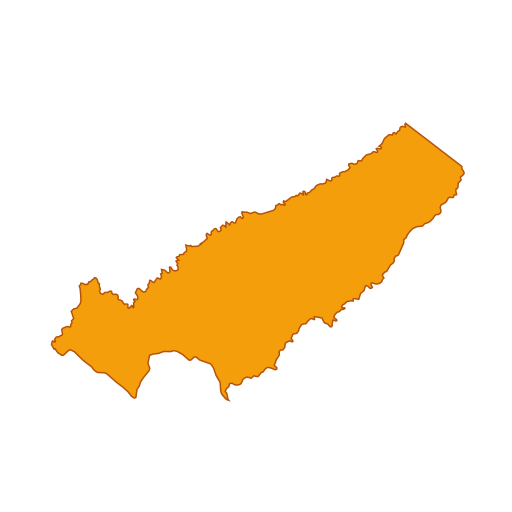 Alcalá, Valle del Cauca, Colombia (Natural Earth projection), rotated 313°
{"feature_id": "7082276B36252942932690", "entity_name": "Alcalá", "entity_type": "district", "adm_level": 2, "iso_a3": "COL", "parent_name": "Colombia", "parent_adm1": "Valle del Cauca", "projection": "natural_earth1", "projection_center": [-75.779, 4.685], "detail": "fine", "context": "isolated", "style": "filled", "palette": "amber", "viewbox_px": 512, "rotation_deg": 313, "n_neighbors": 0, "source": "geoboundaries", "source_scale": "gbopen_adm2", "svg_char_len": 6118}
<svg xmlns="http://www.w3.org/2000/svg" viewBox="0 0 512 512"><g transform="rotate(313 256 256)"><path d="M455.1,274.9L453.8,275.1L452.9,276.8L452.0,277.2L450.8,274.7L449.2,273.9L448.1,273.9L445.9,275.3L443.6,274.8L440.8,275.3L440.7,273.2L440.1,272.5L439.4,272.4L437.7,273.3L435.5,270.6L429.6,269.8L424.3,271.5L420.3,271.2L421.2,273.4L420.1,274.3L419.2,274.1L417.8,271.5L416.6,270.7L416.1,271.3L415.9,273.2L414.7,274.0L413.9,273.5L412.9,271.2L411.3,270.3L409.3,270.6L406.7,268.6L404.7,267.7L400.2,267.6L397.5,268.3L395.5,265.7L393.0,266.6L391.7,266.5L390.2,265.4L389.2,262.9L386.8,261.1L385.5,261.8L384.7,264.6L381.7,264.6L378.4,263.5L376.8,262.0L374.1,260.8L373.0,261.0L372.1,262.2L371.0,262.3L369.5,260.4L367.5,259.9L365.4,258.3L364.6,258.4L362.9,259.8L362.2,259.7L361.4,259.0L360.2,255.4L358.4,256.6L356.7,257.1L353.9,255.4L352.6,253.8L349.7,252.5L347.4,252.1L345.2,252.7L342.1,251.7L339.1,251.8L337.6,250.9L335.3,251.3L334.9,250.3L336.0,249.3L336.4,247.6L335.5,246.4L334.8,246.6L333.6,248.9L332.9,248.9L332.6,246.2L331.8,245.1L328.6,245.6L327.8,244.1L326.2,244.0L323.5,241.9L315.9,240.5L315.2,238.7L314.0,239.1L313.7,242.1L312.7,242.4L312.1,241.7L312.0,240.4L310.2,238.8L310.3,237.7L309.9,237.1L308.1,237.0L306.4,236.1L304.0,237.8L301.4,237.7L290.5,231.4L288.7,229.3L287.7,225.8L287.1,224.9L283.3,223.0L281.7,219.1L280.3,218.0L279.0,215.7L277.7,216.3L275.9,220.0L274.4,220.7L273.9,220.2L274.0,217.8L272.7,216.9L269.7,216.8L266.2,218.4L265.2,217.5L265.0,215.6L264.4,214.9L262.6,214.8L260.8,215.6L260.7,211.6L260.3,210.9L256.6,214.1L256.4,211.8L255.8,210.6L252.5,210.6L251.1,212.9L249.1,212.7L248.0,211.5L248.7,208.3L248.3,207.5L246.7,206.9L245.0,207.2L243.7,206.6L242.8,207.0L241.3,208.5L240.4,208.6L239.8,208.1L239.2,204.8L238.2,204.8L236.9,205.8L235.7,208.4L230.6,208.0L227.2,207.1L227.3,207.7L223.5,206.8L219.1,202.5L219.2,201.0L217.9,200.6L216.1,197.2L213.8,200.5L211.9,201.9L209.4,201.2L207.8,201.9L205.0,199.3L203.1,199.9L201.5,198.8L200.6,198.7L200.2,199.3L200.3,202.5L198.0,200.9L197.3,201.8L197.2,203.8L195.3,204.5L195.2,205.7L193.5,208.0L191.9,208.3L190.0,207.1L189.0,205.3L188.9,203.9L189.7,201.5L189.4,200.5L188.7,200.5L185.8,203.7L184.5,203.8L183.5,203.2L183.4,198.9L181.7,196.0L179.4,199.2L177.8,198.5L176.5,200.9L174.2,201.9L173.6,201.5L173.0,199.3L172.5,198.7L167.0,199.5L166.6,198.8L166.3,195.5L165.7,194.9L163.2,196.5L161.3,196.5L159.7,198.8L157.1,198.7L154.6,199.6L152.7,197.8L152.5,192.5L151.2,191.5L146.8,192.9L145.9,196.8L144.1,198.7L142.9,198.7L141.6,196.4L140.9,196.1L140.4,196.6L140.3,198.6L138.5,198.3L135.3,201.5L134.7,201.6L134.2,200.3L135.2,199.6L135.1,198.9L131.2,198.8L130.8,198.3L130.9,197.5L133.2,195.3L133.0,194.6L130.9,192.3L131.0,191.1L131.8,189.1L131.6,187.6L130.5,185.5L130.5,184.3L132.2,183.1L133.1,181.3L132.5,179.4L130.8,178.2L130.5,177.3L130.5,175.9L131.4,175.0L131.5,174.2L131.0,173.3L128.0,172.2L126.3,170.3L123.8,170.2L122.7,168.4L122.7,167.2L123.3,165.7L125.5,164.9L127.4,161.6L128.9,160.4L128.7,159.0L130.6,155.6L130.7,153.8L130.0,152.7L128.8,153.0L126.0,152.3L124.3,152.5L123.2,151.4L120.4,152.3L119.8,151.3L118.6,150.7L117.7,147.6L116.7,146.5L115.3,147.3L113.6,147.1L112.2,149.6L108.2,154.1L104.1,158.3L101.5,159.9L95.8,160.6L93.0,158.8L89.6,158.6L85.9,165.3L82.8,165.3L81.5,167.1L79.5,167.3L78.0,168.6L77.0,168.4L76.2,166.6L75.2,165.7L71.1,163.9L69.4,164.3L67.3,167.4L65.7,168.1L64.1,167.2L62.5,167.0L61.3,165.7L60.1,165.2L57.5,165.6L56.7,167.4L56.2,167.7L55.6,167.4L55.3,165.3L54.6,165.2L51.8,166.8L50.2,171.8L51.1,172.1L50.1,177.0L50.9,181.6L52.2,182.9L58.6,183.3L60.4,183.9L61.2,185.1L62.1,188.6L61.8,200.5L62.8,211.2L62.2,214.7L62.4,218.1L62.9,219.8L67.5,225.1L68.1,227.6L68.5,240.1L69.3,248.2L69.4,254.8L68.5,260.8L69.1,263.9L70.6,264.6L77.4,259.9L81.3,259.3L84.8,257.6L89.4,256.7L99.3,256.0L101.5,254.8L103.4,250.8L104.2,249.9L110.8,245.9L114.1,247.6L118.1,251.0L123.3,253.7L127.9,258.8L130.7,260.4L132.4,263.2L133.9,269.3L134.2,278.3L135.7,279.4L139.7,279.6L141.2,280.7L141.5,285.7L146.0,296.1L146.0,298.4L144.8,302.0L141.5,308.1L139.0,316.1L133.6,321.8L131.7,324.8L130.9,330.8L131.1,332.7L131.9,334.5L132.2,333.1L135.7,328.1L135.9,325.9L138.6,324.9L142.1,325.2L143.9,323.9L144.8,323.8L146.7,325.3L147.0,327.6L148.3,329.8L150.8,331.7L152.5,332.1L156.5,330.7L159.0,330.8L161.7,332.4L163.3,335.8L167.1,336.2L167.7,337.8L169.2,339.8L173.8,339.3L175.0,339.5L175.7,340.2L180.1,339.8L182.0,340.3L183.1,341.3L184.5,343.8L185.8,347.5L187.4,348.3L188.6,347.2L188.4,344.5L189.1,343.5L191.7,342.8L193.2,341.8L199.5,340.6L201.9,338.2L203.5,338.0L205.8,339.7L208.7,339.4L211.9,337.1L213.2,337.0L216.5,338.3L217.3,339.3L217.9,341.0L218.6,341.3L219.2,340.6L219.6,338.0L223.6,336.4L224.5,336.5L227.2,338.6L230.5,338.1L232.2,337.0L236.6,336.1L238.4,336.8L240.6,338.7L243.3,338.3L247.6,338.6L249.4,342.1L250.1,341.7L250.8,340.1L251.6,340.1L255.6,346.5L254.0,350.7L253.9,352.0L255.2,355.0L254.8,358.4L255.7,359.5L257.0,359.3L258.4,357.8L259.7,357.3L261.3,355.9L261.9,356.2L262.9,358.7L263.8,359.2L264.4,358.3L264.2,354.9L266.5,353.7L270.0,353.7L272.7,355.0L274.2,354.6L277.0,356.5L278.4,356.7L278.5,356.1L277.2,354.9L276.9,353.9L277.8,353.0L279.2,352.7L281.4,353.4L284.7,353.6L287.6,355.7L289.4,357.8L290.8,356.3L292.2,357.3L294.4,360.7L299.9,358.0L304.4,358.6L308.4,356.6L309.5,356.7L310.2,358.6L310.1,361.2L310.8,362.3L312.5,362.5L313.7,359.3L314.6,358.8L315.7,359.5L317.1,362.5L318.5,363.9L320.4,365.1L322.8,365.5L325.3,364.5L327.1,364.6L328.0,361.7L328.6,361.1L330.2,361.4L331.6,360.9L333.7,362.1L341.1,360.5L344.5,361.1L345.6,360.9L346.8,360.4L348.2,358.8L350.0,358.4L351.3,358.3L353.0,359.3L354.3,359.3L366.1,355.2L368.9,352.9L371.7,353.4L374.5,352.3L378.2,351.8L383.3,352.0L387.2,353.7L391.5,357.4L394.5,357.3L398.1,359.2L400.4,359.8L404.1,359.8L408.0,359.2L409.5,359.8L410.8,361.2L413.6,361.5L415.1,360.5L417.1,357.6L419.3,356.5L424.2,358.1L426.1,358.0L429.8,357.0L430.9,357.5L433.1,360.2L434.0,360.2L435.7,359.3L437.7,360.9L439.7,357.9L441.4,356.7L442.3,357.1L443.8,356.9L447.4,354.1L451.1,354.3L452.0,353.5L452.6,352.0L453.4,351.7L455.9,352.2L458.5,351.8L459.4,350.2L460.3,347.0L461.9,345.4L455.1,274.9Z" fill="#f59e0b" stroke="#b45309" stroke-width="1.5"/></g></svg>